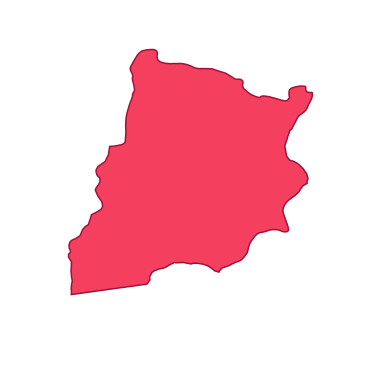 Mandele, Saint Lucia (Natural Earth projection), rotated 292°
{"feature_id": "8701671B24321034687398", "entity_name": "Mandele", "entity_type": "district", "adm_level": 2, "iso_a3": "LCA", "parent_name": "Saint Lucia", "parent_adm1": "", "projection": "natural_earth1", "projection_center": [-60.884, 13.895], "detail": "fine", "context": "isolated", "style": "filled", "palette": "rose", "viewbox_px": 384, "rotation_deg": 292, "n_neighbors": 0, "source": "geoboundaries", "source_scale": "gbopen_adm2", "svg_char_len": 5165}
<svg xmlns="http://www.w3.org/2000/svg" viewBox="0 0 384 384"><g transform="rotate(292 192 192)"><path d="M203.4,98.6L199.1,99.6L194.9,100.6L192.8,100.3L187.9,100.1L186.2,99.0L180.6,95.3L176.4,94.8L176.1,95.0L174.3,95.8L172.2,97.6L171.7,98.1L171.4,98.8L170.6,101.1L167.4,102.8L164.0,102.6L159.8,101.6L157.6,101.6L155.1,104.1L152.7,106.6L150.7,109.7L149.3,111.8L147.4,113.3L145.1,114.5L143.3,114.5L141.6,114.0L141.0,113.5L137.6,111.1L133.3,107.3L130.6,107.6L122.9,108.1L120.7,106.5L120.1,106.1L119.5,105.8L115.9,104.6L109.7,104.6L105.6,101.8L102.2,98.6L100.7,97.9L99.9,97.6L96.7,97.8L94.4,99.0L93.7,99.3L92.6,100.8L91.8,101.2L91.1,101.6L90.3,101.8L88.9,101.2L88.1,100.8L86.7,101.4L85.6,101.8L84.3,103.3L82.2,106.3L80.6,106.9L77.5,108.1L75.8,108.6L73.7,109.3L68.1,112.1L66.1,113.4L64.3,114.5L63.4,114.6L61.7,114.8L56.8,116.3L55.1,117.3L51.7,118.5L89.8,184.8L94.8,185.9L97.5,184.5L99.7,184.8L101.8,184.8L104.0,185.9L108.0,189.9L110.5,193.8L113.2,196.4L116.9,199.2L120.0,202.1L120.6,204.3L123.4,210.4L124.9,218.0L126.5,220.1L127.7,223.0L128.3,225.2L129.2,229.1L129.5,233.1L129.2,236.0L128.3,239.6L127.4,242.5L127.7,245.7L127.8,247.0L129.0,246.9L131.3,247.8L132.8,248.3L133.4,249.1L135.3,251.2L137.8,254.1L141.0,256.7L141.5,257.3L142.2,257.8L142.9,258.5L143.4,259.1L143.7,259.4L144.2,260.0L144.4,260.2L144.9,260.9L145.1,261.1L145.5,261.5L147.7,263.3L151.5,264.8L154.2,265.4L155.2,265.7L156.2,265.9L157.5,265.8L159.4,265.6L162.4,265.1L163.7,265.0L165.6,264.9L166.6,265.1L168.7,265.3L170.3,265.7L171.0,265.9L171.4,266.0L171.7,266.1L172.9,266.4L174.4,266.8L176.6,267.7L177.9,268.5L178.4,268.8L178.9,269.3L179.1,269.5L179.5,269.9L180.5,271.4L180.7,271.7L182.5,274.4L183.3,275.3L184.1,276.3L184.9,277.2L185.2,277.4L185.6,278.0L185.9,278.4L186.2,278.8L186.6,279.5L186.8,279.8L186.9,280.1L187.2,280.7L187.4,281.0L187.9,282.1L188.6,284.0L189.3,287.0L189.3,291.2L189.5,291.8L189.7,292.6L190.2,294.0L191.1,295.2L192.3,295.8L193.5,295.6L194.2,295.0L194.6,294.8L196.3,293.6L197.2,292.8L197.6,292.5L202.6,288.0L205.4,285.6L205.9,285.2L206.8,284.4L207.1,284.2L207.4,284.1L207.9,283.7L208.3,283.4L210.0,283.0L210.5,282.9L211.9,282.6L214.3,282.7L217.4,283.4L219.8,284.3L220.9,284.8L221.5,285.2L221.8,285.4L222.7,285.9L224.7,287.1L225.2,287.5L227.5,288.9L228.2,289.2L228.6,289.4L229.6,289.8L231.0,290.5L232.4,291.1L234.6,291.5L237.7,292.1L239.1,292.5L240.0,293.0L240.6,293.5L242.5,295.0L242.8,295.3L243.0,295.5L243.5,295.4L245.0,294.6L246.2,294.6L246.4,294.7L247.0,294.7L248.0,294.4L249.2,293.6L250.4,292.6L250.9,292.2L252.2,291.2L253.4,288.9L255.1,286.6L256.1,284.4L257.1,281.8L258.2,278.3L258.5,274.3L258.1,271.1L258.6,269.8L259.7,267.8L260.8,266.3L261.8,265.6L265.9,263.0L268.5,261.3L270.5,260.7L273.3,260.5L276.1,260.4L279.5,260.0L283.0,260.0L285.5,259.6L286.7,260.3L288.1,260.9L292.1,261.2L296.6,261.7L300.2,262.0L302.5,262.6L304.3,263.5L306.8,265.1L307.9,265.8L310.2,266.8L313.3,267.3L315.5,267.3L316.5,267.3L318.1,267.5L320.0,267.7L320.9,267.8L322.7,267.9L323.9,267.8L326.0,267.6L327.6,267.0L328.5,266.7L329.0,266.3L329.2,265.7L328.7,264.8L328.5,264.5L328.1,262.6L327.9,261.6L328.0,260.8L328.5,260.0L329.3,259.3L330.0,258.8L330.9,258.6L331.8,258.2L332.3,257.6L332.2,256.4L331.7,255.2L330.9,252.9L330.5,252.3L329.5,250.5L329.1,250.0L328.8,249.4L327.5,247.7L326.5,246.3L325.7,245.5L324.9,244.8L323.6,244.3L323.0,244.1L321.6,244.4L320.8,244.6L319.4,245.1L318.4,245.6L317.5,246.1L316.6,246.8L316.2,247.0L314.3,246.6L313.9,246.5L313.1,246.2L312.5,245.8L311.9,245.3L311.5,244.3L311.0,242.8L310.9,242.4L310.6,240.5L310.5,239.5L310.4,238.0L310.2,235.7L309.7,231.6L309.4,229.0L309.1,227.2L308.9,226.1L308.5,224.7L308.1,223.2L307.8,222.2L307.6,221.8L307.1,221.0L307.0,220.7L306.0,220.0L305.4,219.5L304.7,219.0L304.6,217.8L304.3,215.3L304.4,213.3L304.5,210.9L304.5,210.2L305.1,207.7L305.2,206.9L305.8,205.3L306.5,203.5L306.8,202.4L307.0,201.8L307.7,200.7L308.6,199.8L308.9,199.5L309.6,199.0L310.8,198.7L311.9,198.5L312.9,198.2L313.7,197.6L314.5,196.0L314.6,194.5L314.2,193.2L313.8,192.4L313.4,191.6L313.2,191.1L312.9,189.6L313.1,188.3L313.6,186.0L313.9,184.2L314.3,181.6L314.4,180.9L314.5,180.1L314.6,179.8L314.7,178.7L314.6,176.6L314.5,175.8L314.3,174.0L314.3,173.5L314.2,172.6L314.1,169.9L314.0,168.9L313.9,167.6L313.8,165.9L313.8,165.3L313.7,164.4L312.7,161.7L311.3,157.9L311.0,156.9L309.0,152.4L308.1,148.2L308.3,145.9L308.4,144.0L308.3,140.3L307.8,136.6L306.9,133.2L305.8,130.8L304.4,127.3L302.8,123.8L301.2,118.5L300.8,115.8L300.8,113.2L301.6,111.0L302.9,109.8L304.9,108.7L306.4,108.4L308.1,107.8L309.5,106.3L309.9,104.5L309.6,102.5L308.2,99.4L306.6,96.4L304.8,93.9L303.9,92.6L302.3,91.7L300.7,90.8L298.6,90.1L296.3,89.7L293.9,89.3L290.1,88.8L286.1,88.3L284.9,88.2L283.2,88.4L281.6,89.6L280.2,91.1L278.9,92.6L277.4,93.7L275.3,94.0L274.9,94.2L272.9,95.3L271.2,96.6L269.4,97.9L267.8,99.0L265.6,100.2L264.7,100.6L262.7,100.5L261.6,100.2L260.4,100.3L258.1,101.0L256.1,101.2L253.1,101.2L249.4,101.3L246.4,101.6L243.4,101.9L240.2,102.3L236.1,103.1L235.2,103.4L230.9,104.8L229.3,105.4L228.1,105.9L223.7,107.9L220.4,109.1L215.8,110.5L213.5,111.3L211.5,110.7L210.0,109.6L208.1,106.9L206.2,103.9L205.4,102.8L204.2,100.1L203.4,98.6Z" fill="#f43f5e" stroke="#9f1239" stroke-width="1.5"/></g></svg>